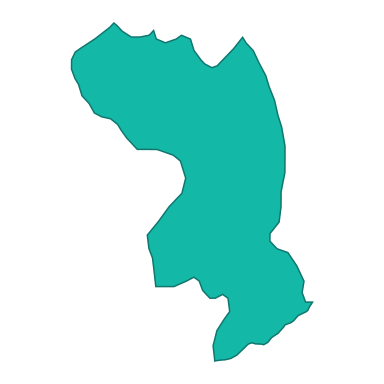 Kumgang, Kangwŏn-do, North Korea
{"feature_id": "82179303B90843555893266", "entity_name": "Kumgang", "entity_type": "district", "adm_level": 2, "iso_a3": "PRK", "parent_name": "North Korea", "parent_adm1": "Kangwŏn-do", "projection": "orthographic", "projection_center": [128.039, 38.544], "detail": "fine", "context": "isolated", "style": "filled", "palette": "teal", "viewbox_px": 384, "rotation_deg": 0, "n_neighbors": 0, "source": "geoboundaries", "source_scale": "gbopen_adm2", "svg_char_len": 1526}
<svg xmlns="http://www.w3.org/2000/svg" viewBox="0 0 384 384"><path d="M214.8,361.0L215.0,360.9L219.7,360.2L223.6,359.9L225.0,359.8L230.7,358.5L237.0,355.0L248.2,344.1L251.7,342.8L255.7,343.9L261.3,344.1L263.7,344.7L267.8,342.4L268.4,341.7L271.6,337.6L274.5,335.6L278.0,333.4L283.8,326.8L284.3,326.1L285.0,324.9L291.1,322.6L293.9,320.5L297.9,315.8L300.0,314.7L306.2,311.7L307.4,310.7L307.7,310.5L309.5,306.8L311.6,303.6L312.5,302.1L305.6,302.1L302.1,292.6L304.0,281.2L296.8,265.9L287.9,252.6L277.1,248.8L269.9,241.2L270.0,233.5L279.1,222.1L281.0,206.9L281.1,191.7L284.9,172.6L285.0,155.5L285.0,146.0L283.3,136.4L281.6,126.9L278.0,115.5L274.5,100.2L269.2,86.9L265.7,75.5L258.6,62.1L253.3,50.7L246.2,43.1L242.6,37.3L233.6,48.7L224.5,58.2L217.2,65.8L211.8,67.7L204.7,63.9L201.1,60.1L194.0,50.5L190.5,39.1L181.5,35.3L176.1,39.1L165.3,42.8L156.3,39.0L153.6,30.5L149.2,35.2L140.2,37.0L131.2,37.0L122.2,31.2L116.9,25.5L113.9,23.0L113.3,23.6L109.7,27.4L102.5,33.0L95.2,38.7L80.7,48.2L75.3,52.0L71.6,59.6L71.5,69.1L75.0,78.6L78.5,84.4L82.0,95.8L89.1,103.5L94.4,113.0L101.6,116.8L110.6,118.8L117.7,124.5L121.2,130.3L126.6,137.9L137.3,149.4L148.1,149.4L157.1,149.5L173.3,155.2L180.4,161.0L185.7,178.1L181.9,193.3L169.2,206.6L158.2,221.8L147.3,235.1L148.9,248.5L152.5,258.0L154.1,271.3L155.8,286.6L164.8,286.6L173.9,286.6L186.6,281.0L193.8,277.2L199.2,281.0L202.7,290.5L209.9,298.2L215.3,298.2L222.6,294.4L228.0,298.2L229.7,311.5L224.2,319.2L216.9,330.6L213.1,345.8L214.8,361.0Z" fill="#14b8a6" stroke="#0f766e" stroke-width="1.5"/></svg>